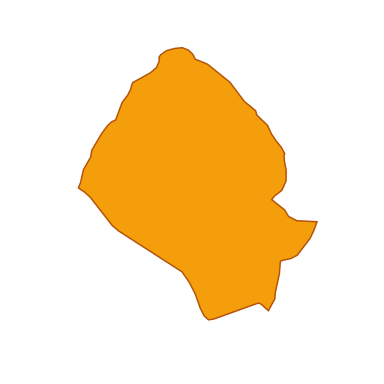 Soum, Mercator projection, rotated 246°
{"feature_id": "BFA-2806", "entity_name": "Soum", "entity_type": "Province", "adm_level": 1, "iso_a3": "BFA", "parent_name": "Burkina Faso", "parent_adm1": "", "projection": "mercator", "projection_center": [-1.266, 14.274], "detail": "fine", "context": "isolated", "style": "filled", "palette": "amber", "viewbox_px": 384, "rotation_deg": 246, "n_neighbors": 0, "source": "natural_earth", "source_scale": "10m", "svg_char_len": 1025}
<svg xmlns="http://www.w3.org/2000/svg" viewBox="0 0 384 384"><g transform="rotate(246 192 192)"><path d="M97.6,153.5L110.4,152.8L123.1,150.4L186.1,109.2L193.8,105.5L228.6,96.9L235.5,93.9L241.9,89.9L242.0,89.9L245.8,93.9L256.5,101.9L265.2,113.7L270.9,117.4L282.3,133.5L286.9,141.7L288.8,147.1L288.9,151.6L302.2,164.6L306.8,172.9L310.9,177.8L313.8,180.1L316.1,182.4L317.8,202.4L320.3,210.4L325.2,215.5L328.6,216.7L330.2,219.5L331.5,226.1L330.2,234.5L327.8,241.8L322.9,246.6L317.2,248.8L314.9,248.9L312.0,249.0L302.4,258.2L276.7,271.3L253.3,276.7L240.3,283.2L235.9,282.5L222.2,288.1L212.8,288.2L204.7,289.6L196.8,291.7L189.2,292.3L188.5,291.2L183.1,289.1L173.7,286.9L163.8,282.4L157.0,274.8L154.7,265.7L152.6,261.7L137.8,269.4L130.5,270.2L123.1,276.1L114.0,294.1L107.4,287.8L101.6,281.0L91.5,262.5L91.0,255.1L92.6,247.7L92.7,244.5L81.8,238.6L66.4,227.3L60.7,224.2L52.5,213.5L61.5,209.5L63.0,208.2L63.7,206.2L67.1,160.1L68.5,155.1L74.0,152.7L82.7,152.3L97.6,153.5Z" fill="#f59e0b" stroke="#b45309" stroke-width="1.5"/></g></svg>